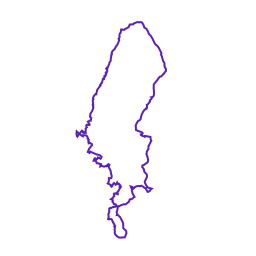 the district of Sieut, Bistrita-Nasaud, Romania, rotated 313°
{"feature_id": "2599482B95088717010880", "entity_name": "Sieut", "entity_type": "district", "adm_level": 2, "iso_a3": "ROU", "parent_name": "Romania", "parent_adm1": "Bistrita-Nasaud", "projection": "mercator", "projection_center": [24.659, 46.986], "detail": "fine", "context": "isolated", "style": "outline", "palette": "violet", "viewbox_px": 256, "rotation_deg": 313, "n_neighbors": 0, "source": "geoboundaries", "source_scale": "gbopen_adm2", "svg_char_len": 5702}
<svg xmlns="http://www.w3.org/2000/svg" viewBox="0 0 256 256"><g transform="rotate(313 128 128)"><path d="M188.1,117.0L190.3,117.2L191.5,117.0L192.3,117.2L193.3,117.0L195.6,116.8L196.1,116.4L197.2,115.2L197.5,113.6L197.9,112.9L198.8,112.1L198.9,111.5L200.0,110.8L200.5,110.0L200.6,109.6L200.6,109.1L201.3,107.4L203.3,104.2L203.8,103.3L204.1,102.3L204.6,101.7L205.5,101.5L207.7,95.5L208.1,93.7L207.9,92.2L207.9,90.8L208.3,89.4L210.1,84.8L210.9,82.0L211.1,79.0L211.9,77.5L212.6,75.8L212.7,75.0L213.1,74.2L213.0,73.4L212.7,72.4L212.7,71.2L214.0,69.0L214.7,66.2L214.2,65.1L212.7,64.0L211.9,62.6L208.7,61.1L208.4,61.0L207.3,61.1L206.5,60.1L205.7,59.6L204.9,58.7L202.2,59.6L201.0,59.4L198.3,58.3L197.5,58.4L196.3,57.4L196.2,56.7L195.4,55.8L192.8,57.6L191.3,57.6L189.6,58.8L189.4,59.2L189.0,59.7L188.4,59.8L187.6,60.4L186.8,60.3L186.6,60.6L186.4,61.5L186.1,61.8L185.2,62.0L183.4,62.9L180.5,63.6L179.8,63.5L176.5,64.4L174.2,64.2L173.2,64.3L171.5,65.1L170.9,66.0L169.9,66.0L169.4,66.6L167.8,67.5L165.3,69.5L163.5,69.8L162.7,70.1L162.2,70.6L161.3,70.8L157.5,72.3L157.4,71.5L156.4,71.7L156.1,73.4L155.7,73.9L154.0,74.6L153.8,74.2L153.3,74.6L152.9,74.3L151.9,75.7L150.0,75.3L149.9,76.2L149.0,76.0L147.6,77.0L147.0,76.1L145.7,76.8L143.8,77.8L142.7,77.9L142.7,78.1L141.7,78.1L140.5,78.3L140.5,78.9L135.9,79.3L134.1,79.8L133.6,80.3L132.5,80.8L131.0,81.8L130.6,81.2L128.8,81.1L125.9,82.0L125.5,83.1L124.4,83.2L121.6,86.1L121.7,86.3L120.9,87.1L120.6,86.8L120.0,87.8L119.4,88.3L119.2,88.9L117.5,89.6L115.1,90.4L112.8,90.7L111.2,92.1L110.7,92.1L110.2,93.1L110.3,94.3L108.0,95.8L107.4,95.0L105.2,94.4L104.6,97.2L104.0,97.8L103.8,97.8L103.7,97.4L103.3,97.1L102.4,95.7L101.3,95.8L100.5,96.9L100.5,97.4L98.7,97.4L96.9,99.2L95.9,99.3L95.6,100.4L94.3,99.2L94.1,98.5L94.0,98.3L94.8,98.0L94.7,96.1L91.2,96.3L90.5,96.1L90.5,92.8L88.7,94.1L87.3,96.2L87.1,96.8L90.7,96.4L90.8,99.5L91.1,100.7L92.2,100.1L94.2,102.8L94.0,103.4L93.9,104.2L93.2,105.7L92.7,105.8L92.8,106.3L92.6,106.7L92.6,107.3L92.2,107.2L91.5,107.6L91.2,108.7L90.8,108.8L90.9,109.3L90.5,109.2L90.0,109.7L90.7,110.3L91.1,111.0L91.7,112.3L91.0,113.4L85.8,113.8L84.6,114.4L83.0,115.0L83.5,116.9L85.0,116.5L87.2,122.9L88.7,125.5L89.0,128.2L87.9,128.8L86.8,128.9L86.0,126.1L84.6,126.6L83.8,126.4L83.4,124.5L82.9,124.3L80.6,125.2L81.8,126.5L81.9,126.9L81.7,127.9L81.1,128.5L81.0,129.3L82.1,130.6L82.3,131.2L82.2,131.7L82.3,131.9L83.0,132.6L82.8,132.8L83.0,133.2L81.8,133.9L81.1,133.7L80.9,133.9L81.7,134.1L82.5,134.6L82.7,135.6L83.0,135.9L83.3,136.7L83.5,137.0L84.7,137.4L85.7,138.2L85.5,138.5L86.1,138.9L86.5,139.6L86.9,139.6L87.3,139.4L87.6,138.6L87.6,138.2L88.3,138.4L88.4,139.4L88.2,139.7L87.6,139.6L86.8,140.2L85.9,141.4L85.1,144.1L84.6,144.6L83.9,145.7L83.0,146.8L81.9,148.7L81.5,149.1L80.0,150.0L78.7,148.8L78.4,148.2L76.4,150.0L74.7,150.8L73.6,151.0L73.7,151.4L74.0,151.5L74.2,152.1L74.2,153.0L74.7,154.8L74.3,155.0L74.2,155.2L73.9,155.2L73.9,156.1L75.0,156.1L75.9,155.5L77.6,155.2L78.3,155.4L78.3,155.6L78.0,157.6L78.6,157.8L80.8,157.2L80.5,158.1L80.0,158.4L80.2,158.9L80.9,159.3L80.8,159.8L81.0,160.0L80.9,160.5L80.2,161.2L80.8,161.7L80.8,161.8L80.5,162.1L79.9,161.9L79.5,162.3L79.2,162.3L79.3,162.8L79.5,163.1L76.8,163.4L75.6,164.0L74.6,163.8L74.0,164.0L73.1,163.9L73.0,164.6L73.2,165.2L72.6,165.7L72.0,164.3L71.1,163.0L70.5,162.5L69.9,162.8L69.3,163.9L69.0,164.3L68.1,164.1L67.0,164.7L64.3,164.1L64.9,165.8L64.8,166.1L64.2,166.8L63.6,166.8L63.4,167.1L63.4,167.4L63.0,169.3L62.8,169.4L62.7,169.7L63.0,170.2L63.8,171.0L63.4,172.1L63.4,173.0L61.7,172.5L61.0,171.6L59.9,171.1L59.6,170.7L58.2,170.4L57.5,169.6L56.4,169.2L55.7,170.0L55.1,170.3L53.3,171.9L51.5,172.4L49.9,174.5L47.8,175.5L48.2,176.5L49.1,176.8L49.8,177.7L50.0,178.1L50.0,178.7L49.3,180.0L49.2,180.7L48.7,181.4L48.5,182.8L48.2,183.1L48.2,183.8L47.3,184.9L47.4,185.2L47.1,185.2L47.2,185.4L47.0,185.9L45.8,186.4L45.2,187.2L44.6,187.4L43.6,188.7L41.7,190.4L41.3,192.6L41.6,195.6L42.4,197.0L45.9,200.2L49.9,198.7L51.5,196.8L51.5,193.6L51.7,192.7L55.2,189.2L57.4,183.2L57.5,179.6L56.9,179.2L57.2,179.1L57.5,178.9L58.6,177.2L59.4,176.6L60.0,176.5L61.9,175.4L63.8,173.9L64.7,174.7L64.7,174.9L66.2,175.3L68.6,176.5L69.4,177.0L70.2,178.0L70.5,178.3L72.6,178.7L73.3,178.7L74.2,179.0L76.0,178.5L76.7,178.0L77.6,178.3L77.9,178.7L78.4,179.1L79.9,179.5L81.2,179.5L82.0,179.8L83.4,175.5L84.1,174.8L85.0,173.4L85.9,172.9L86.5,171.1L87.1,169.9L87.5,170.7L87.5,171.0L87.8,171.4L87.9,171.8L88.0,172.4L87.8,173.4L89.2,173.3L91.1,173.9L93.1,175.5L93.3,176.1L93.7,176.5L94.9,177.1L95.4,179.3L95.5,180.8L96.1,181.9L95.2,184.0L94.7,186.0L95.2,186.4L97.0,186.9L98.5,186.5L99.8,186.7L98.2,183.6L97.9,182.8L98.1,182.1L98.4,181.5L98.4,180.6L99.5,177.7L100.0,176.9L105.3,175.2L106.8,173.4L106.9,172.8L107.1,170.0L107.5,169.1L108.3,168.3L108.8,167.3L109.2,164.9L110.5,164.1L111.0,164.3L111.5,164.8L114.1,165.2L115.0,165.6L116.6,165.6L117.4,165.3L118.7,164.2L120.7,161.0L121.4,159.4L123.8,157.8L126.5,157.4L127.3,156.5L128.7,155.4L131.7,154.6L133.8,153.9L134.6,153.8L134.9,152.8L135.4,152.0L136.8,150.5L134.9,147.6L134.3,146.4L133.8,145.9L133.5,146.1L133.2,145.9L132.9,146.1L132.7,145.1L132.2,144.4L131.8,142.8L131.7,142.1L132.1,141.7L133.2,142.5L134.1,142.4L134.3,142.2L134.3,140.9L133.4,138.8L132.8,137.8L132.6,137.2L132.6,136.8L132.0,135.2L134.1,133.1L134.5,132.3L136.7,131.3L139.8,130.6L141.8,131.2L143.0,131.2L146.5,129.1L150.5,127.9L152.0,127.7L153.5,127.9L154.4,128.3L154.6,127.8L155.8,128.1L156.4,127.7L156.5,127.4L157.8,126.0L158.2,126.3L159.0,126.3L162.2,126.1L162.7,125.4L163.8,125.1L164.5,125.3L165.7,125.2L166.7,124.7L166.6,124.2L167.7,124.8L168.6,125.0L170.6,123.9L173.0,121.5L174.2,120.0L177.1,117.4L177.8,117.1L184.2,116.6L185.9,116.3L187.5,116.4L188.1,117.0Z" fill="none" stroke="#5b21b6" stroke-width="2"/></g></svg>